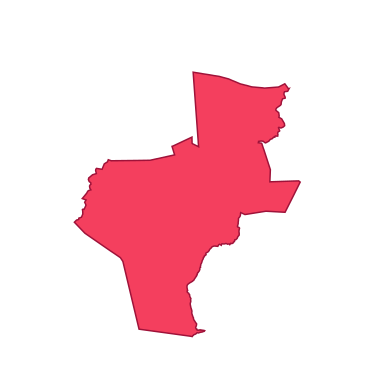 Santa María Tecomavaca, Oaxaca, Mexico (Mercator projection), rotated 306°
{"feature_id": "50627088B6219155410913", "entity_name": "Santa María Tecomavaca", "entity_type": "district", "adm_level": 2, "iso_a3": "MEX", "parent_name": "Mexico", "parent_adm1": "Oaxaca", "projection": "mercator", "projection_center": [-97.1, 17.955], "detail": "fine", "context": "isolated", "style": "filled", "palette": "rose", "viewbox_px": 384, "rotation_deg": 306, "n_neighbors": 0, "source": "geoboundaries", "source_scale": "gbopen_adm2", "svg_char_len": 4833}
<svg xmlns="http://www.w3.org/2000/svg" viewBox="0 0 384 384"><g transform="rotate(306 192 192)"><path d="M168.9,105.3L166.7,105.9L163.2,104.5L157.5,105.9L155.0,100.9L153.9,100.8L152.6,101.5L150.7,103.8L147.5,101.4L142.7,100.2L141.1,100.9L140.0,102.7L140.0,104.6L138.8,105.7L138.0,105.4L136.6,105.6L135.1,107.0L134.3,108.9L132.4,107.5L131.4,107.2L129.2,107.5L122.2,107.1L123.3,111.0L120.6,111.2L119.5,113.3L118.7,114.1L114.5,114.9L114.1,113.9L113.3,113.7L112.3,114.8L110.0,116.6L106.6,117.4L104.3,115.8L103.3,116.4L102.5,116.0L101.5,115.1L98.4,114.6L95.7,129.6L96.4,160.2L96.6,165.4L96.8,172.6L95.2,176.9L49.9,229.8L74.3,275.3L75.2,277.2L76.1,277.1L76.8,277.3L77.5,277.3L78.2,277.8L79.2,278.4L80.2,278.7L80.8,278.7L81.3,279.0L81.5,279.6L82.0,280.3L82.6,280.6L83.3,281.2L83.8,281.6L84.3,282.1L84.8,282.6L85.5,283.0L86.5,283.8L87.3,283.8L87.2,283.4L86.9,282.7L86.3,281.7L86.1,281.0L85.7,280.8L85.5,280.3L85.5,280.1L85.3,280.1L85.1,279.7L85.0,279.3L84.0,278.5L84.0,278.3L83.5,277.6L83.3,277.4L83.9,276.5L83.6,276.2L84.1,275.1L84.8,274.4L86.2,274.2L87.2,273.7L88.0,273.3L88.3,272.4L88.7,271.2L89.2,270.0L89.7,268.6L90.3,267.7L91.0,267.2L91.4,266.4L92.0,265.5L92.8,264.4L93.3,263.7L93.9,263.0L94.5,262.6L95.4,262.1L96.1,261.4L97.0,260.2L98.0,258.8L98.9,257.9L99.5,257.2L100.2,256.5L100.9,256.0L101.9,255.7L103.0,255.2L103.5,254.7L103.9,254.2L104.6,254.0L105.2,253.7L105.4,253.2L105.7,252.5L106.0,252.0L106.3,251.5L106.8,251.0L107.4,250.6L107.6,250.2L107.7,249.4L108.1,249.0L108.1,248.2L108.2,247.1L108.6,246.6L109.3,246.2L109.7,246.4L110.2,245.8L111.0,244.9L111.8,244.1L113.0,243.2L113.9,242.9L114.7,242.9L115.7,243.1L117.5,243.7L118.0,244.0L118.4,244.2L119.3,244.5L120.0,244.9L120.6,244.9L121.6,245.3L123.2,245.1L124.8,245.1L125.8,245.0L126.5,245.1L127.3,244.6L128.0,244.9L128.9,244.3L129.7,244.1L130.0,244.0L130.3,244.3L130.9,244.3L131.3,244.1L131.9,244.2L132.4,244.3L133.0,244.1L133.9,243.9L134.5,243.3L135.4,243.0L136.0,243.2L136.2,242.9L136.9,242.5L137.6,242.3L138.0,241.9L138.7,241.6L139.6,241.6L140.6,241.3L141.4,241.1L142.4,240.6L143.3,240.5L144.0,240.4L144.7,240.3L145.1,240.1L145.8,239.7L146.1,239.8L146.5,240.0L147.0,239.9L147.5,239.6L148.0,239.9L148.6,239.8L149.0,240.2L149.6,240.2L150.1,239.5L150.9,239.2L151.8,239.6L152.5,240.0L153.2,240.2L154.6,240.3L155.9,240.0L157.8,240.4L159.6,240.5L160.5,241.1L161.2,241.6L161.7,242.3L162.3,243.2L162.7,244.0L163.2,244.8L163.9,244.8L164.8,244.6L165.8,244.9L166.0,245.6L166.1,247.0L166.7,246.8L167.5,246.6L168.0,247.1L168.6,248.2L169.3,249.0L170.3,249.7L170.6,250.7L170.7,251.5L171.0,251.7L171.4,252.1L171.7,252.5L171.8,252.7L171.7,253.0L171.6,253.5L172.6,253.5L173.1,253.4L173.5,254.0L173.6,254.5L174.1,254.8L174.4,255.0L174.8,255.2L175.3,255.2L175.8,255.0L176.3,255.1L176.8,255.5L177.6,255.1L178.0,254.8L178.6,254.7L179.0,255.4L179.9,255.6L180.9,255.8L181.5,255.7L182.4,255.4L183.5,255.4L183.9,255.4L184.3,255.5L184.8,255.5L185.3,255.2L185.9,254.8L186.6,254.2L187.1,253.7L187.8,253.1L188.4,252.8L189.0,252.4L190.0,252.0L190.3,251.9L190.7,251.7L190.9,251.1L190.9,250.5L190.6,249.9L190.6,249.3L191.2,248.8L191.9,248.6L192.9,248.2L193.7,247.9L194.2,247.4L194.9,247.1L195.5,246.7L196.1,246.4L196.6,246.1L197.4,245.5L197.9,245.2L198.5,245.1L199.4,245.2L200.4,245.2L201.1,245.0L202.3,244.5L203.2,243.8L204.0,243.5L204.9,248.1L219.9,263.1L230.3,279.2L247.6,276.4L263.6,273.7L263.7,271.8L260.4,267.5L246.0,249.0L256.1,242.3L268.6,225.1L269.3,224.0L272.0,220.3L272.1,220.1L272.4,219.7L271.2,217.3L270.8,216.7L272.1,216.1L274.0,218.1L274.9,219.8L274.9,220.3L274.8,220.8L274.7,221.6L275.0,222.7L278.3,224.3L279.6,224.3L279.9,224.4L280.6,224.4L281.4,225.0L281.9,225.2L282.3,225.6L282.9,225.7L283.8,225.7L284.8,226.1L284.6,226.3L285.1,226.8L285.8,226.4L286.4,226.7L287.1,227.8L287.6,228.5L289.2,227.6L289.5,227.0L290.8,226.4L291.3,226.4L292.4,226.9L293.0,227.0L294.8,224.2L295.4,224.3L295.8,225.8L296.1,226.4L298.1,227.6L300.1,228.0L301.7,226.5L303.9,221.5L303.5,218.3L304.7,217.9L307.1,215.6L307.4,211.9L308.2,211.2L310.0,211.1L314.2,212.6L315.2,212.6L317.5,211.3L320.6,210.5L322.7,212.2L323.5,211.6L325.0,209.0L326.3,208.2L327.5,207.9L329.7,210.2L332.7,209.8L332.2,209.5L334.1,203.5L327.8,200.3L318.6,189.5L317.9,188.1L313.7,181.1L312.9,179.8L312.2,178.6L311.4,176.5L310.6,174.3L310.2,173.3L309.5,171.7L309.0,170.3L308.2,168.4L307.7,167.0L307.7,166.8L306.8,162.9L306.2,160.4L305.8,158.9L305.5,157.4L305.0,155.2L304.9,154.9L304.2,153.1L303.6,151.5L303.0,150.0L301.7,146.5L301.6,146.3L301.5,146.0L298.7,140.6L298.3,139.7L296.5,136.1L296.4,135.9L293.9,131.1L293.5,130.2L293.0,129.2L291.9,127.0L291.4,126.1L289.6,122.5L236.8,167.1L235.8,167.9L235.3,168.3L234.1,169.4L233.9,169.5L233.7,169.6L232.5,170.7L231.4,164.3L231.5,163.4L236.4,159.7L218.2,149.7L217.2,149.0L213.7,153.6L211.8,156.1L193.0,139.4L184.9,128.6L169.8,108.3L168.9,105.3Z" fill="#f43f5e" stroke="#9f1239" stroke-width="1.5"/></g></svg>